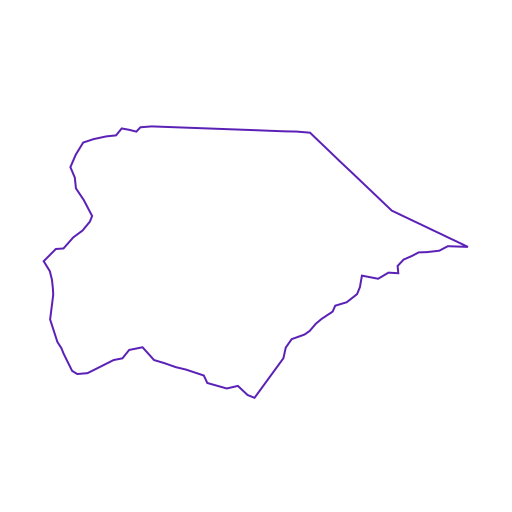 outline of Santa Terezinha, Pernambuco, Brazil, rotated 264°
{"feature_id": "56859067B87497954327615", "entity_name": "Santa Terezinha", "entity_type": "district", "adm_level": 2, "iso_a3": "BRA", "parent_name": "Brazil", "parent_adm1": "Pernambuco", "projection": "equal_earth", "projection_center": [-37.445, -7.446], "detail": "fine", "context": "isolated", "style": "outline", "palette": "violet", "viewbox_px": 512, "rotation_deg": 264, "n_neighbors": 0, "source": "geoboundaries", "source_scale": "gbopen_adm2", "svg_char_len": 1113}
<svg xmlns="http://www.w3.org/2000/svg" viewBox="0 0 512 512"><g transform="rotate(264 256 256)"><path d="M115.1,239.7L151.5,272.6L161.8,276.0L169.6,282.8L172.8,296.0L175.8,301.5L182.4,308.4L186.6,314.7L192.7,326.4L198.3,329.6L200.5,341.3L207.5,352.5L214.2,356.1L225.4,359.3L220.6,375.1L225.6,386.0L224.0,395.7L231.3,395.8L237.0,402.4L239.8,411.2L242.6,418.2L242.0,426.1L242.1,438.8L245.7,447.8L242.9,467.7L286.9,395.8L327.1,361.6L341.5,349.2L353.5,339.1L373.0,322.6L375.5,309.4L376.9,298.2L379.7,278.6L380.7,271.9L395.8,165.8L396.1,154.5L392.2,150.0L394.7,143.2L396.9,135.8L390.6,129.4L390.6,119.6L389.2,106.6L386.9,96.0L375.7,87.4L363.8,80.7L352.9,84.0L342.1,84.0L336.4,87.0L329.8,90.5L312.9,97.2L307.6,94.4L299.5,86.2L293.6,76.2L283.6,65.3L283.9,57.7L273.0,44.3L262.4,49.4L253.5,50.6L245.1,50.6L238.7,50.3L214.4,44.6L191.3,49.5L184.5,52.9L179.1,54.4L161.0,61.1L157.3,65.9L157.1,76.2L167.4,103.5L168.2,112.5L175.8,120.0L177.1,133.6L163.2,143.7L159.1,153.5L153.8,164.7L150.4,174.4L142.6,191.6L134.8,194.3L127.3,213.1L128.7,224.4L118.7,233.0L115.1,239.7Z" fill="none" stroke="#5b21b6" stroke-width="2"/></g></svg>